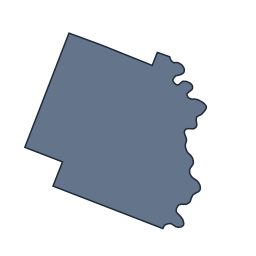 Burt, Nebraska, United States of America (Robinson projection), rotated 21°
{"feature_id": "52423323B77743332885702", "entity_name": "Burt", "entity_type": "district", "adm_level": 2, "iso_a3": "USA", "parent_name": "United States of America", "parent_adm1": "Nebraska", "projection": "robinson", "projection_center": [-96.168, 41.865], "detail": "fine", "context": "isolated", "style": "filled", "palette": "slate", "viewbox_px": 256, "rotation_deg": 21, "n_neighbors": 0, "source": "geoboundaries", "source_scale": "gbopen_adm2", "svg_char_len": 1735}
<svg xmlns="http://www.w3.org/2000/svg" viewBox="0 0 256 256"><g transform="rotate(21 128 128)"><path d="M78.8,209.1L196.6,209.4L196.7,206.9L197.1,205.8L198.0,204.4L200.1,202.8L202.6,201.8L207.9,203.0L210.9,202.6L213.3,201.1L214.3,199.6L214.6,198.7L214.5,197.9L214.2,197.0L213.6,195.9L211.9,193.8L209.0,191.9L203.5,189.3L202.5,187.7L202.2,186.3L202.1,184.9L202.8,182.0L203.5,181.1L205.4,179.9L207.5,179.3L210.1,178.0L211.8,175.9L212.4,174.3L212.2,169.9L212.7,167.0L214.3,164.7L216.7,162.1L217.4,160.2L217.3,158.8L216.4,156.8L215.5,155.5L213.4,153.6L211.4,152.6L206.7,151.4L205.1,150.8L203.1,149.4L201.7,147.9L201.1,146.5L200.5,144.5L200.5,143.3L201.6,139.1L201.6,137.3L200.7,135.3L199.4,133.4L198.6,132.6L196.0,130.9L193.3,129.9L191.6,128.9L190.3,127.5L189.2,126.3L188.3,125.0L187.7,123.6L187.4,122.5L187.2,119.2L186.7,117.7L185.5,116.0L183.3,113.7L182.0,111.6L181.9,109.9L182.3,108.8L182.9,107.9L184.7,106.9L189.1,105.5L190.0,104.9L191.1,103.1L191.3,101.9L191.1,100.3L188.6,95.7L188.2,93.9L188.6,92.5L189.0,91.9L191.6,89.1L192.3,87.5L193.8,83.3L193.9,81.3L193.7,80.4L192.6,79.1L189.5,77.5L183.9,76.6L182.4,76.6L179.7,77.1L177.5,78.1L176.4,78.3L173.8,78.1L173.1,77.8L171.5,76.3L171.1,75.8L170.9,74.7L171.9,72.5L173.6,69.8L174.0,68.7L174.0,67.7L173.6,66.5L172.4,64.9L170.0,63.9L165.8,63.6L162.5,64.7L161.6,66.0L160.1,68.9L159.4,69.8L158.8,70.1L157.2,70.2L154.8,69.3L153.2,68.0L152.8,67.3L152.6,66.4L152.8,64.6L153.9,62.2L157.9,59.4L159.5,57.6L160.2,56.0L160.1,54.5L159.4,52.8L158.7,52.0L156.4,50.2L154.1,49.4L151.0,49.1L148.2,50.1L147.7,50.7L145.8,50.3L144.8,49.9L143.1,48.8L142.1,47.6L141.5,46.6L128.3,46.9L128.2,60.9L73.3,60.1L38.9,60.6L38.6,183.0L79.0,183.1L78.8,209.1Z" fill="#64748b" stroke="#1e293b" stroke-width="1.5"/></g></svg>